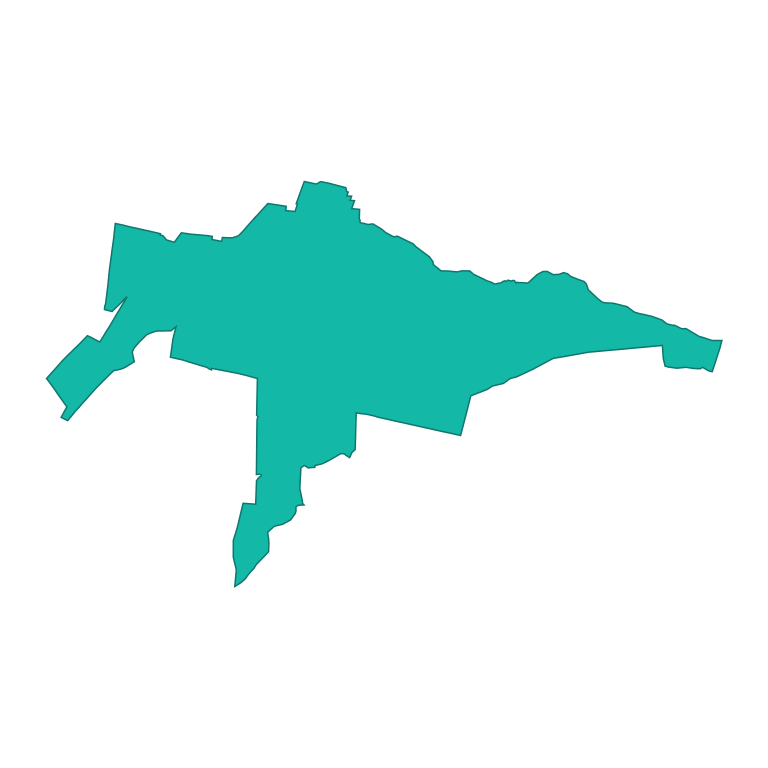 Chicoloapan, México, Mexico (Albers equal-area conic projection)
{"feature_id": "50627088B10015093996053", "entity_name": "Chicoloapan", "entity_type": "district", "adm_level": 2, "iso_a3": "MEX", "parent_name": "Mexico", "parent_adm1": "México", "projection": "albers", "projection_center": [-98.886, 19.397], "detail": "fine", "context": "isolated", "style": "filled", "palette": "teal", "viewbox_px": 768, "rotation_deg": 0, "n_neighbors": 0, "source": "geoboundaries", "source_scale": "gbopen_adm2", "svg_char_len": 5770}
<svg xmlns="http://www.w3.org/2000/svg" viewBox="0 0 768 768"><path d="M721.9,340.5L712.1,340.5L702.1,337.2L699.2,336.5L690.4,331.2L686.0,328.6L681.7,328.8L674.7,325.3L672.5,325.3L666.8,323.8L662.0,320.0L654.2,317.2L652.0,316.4L643.4,314.4L639.0,313.5L634.4,312.1L626.9,306.6L613.2,303.2L606.0,302.9L602.2,302.2L597.6,298.5L588.4,289.9L586.3,284.0L584.1,281.5L578.4,279.5L570.8,276.5L567.7,273.8L563.6,272.6L559.3,274.3L553.4,274.7L547.1,271.4L543.0,271.5L540.0,273.0L537.0,274.7L528.7,282.4L527.5,283.0L526.7,283.1L525.2,282.9L522.5,282.7L519.5,282.6L516.7,282.4L516.5,282.8L516.3,282.9L516.0,282.9L515.8,282.8L515.7,282.8L515.6,282.7L514.5,280.7L514.4,280.6L514.2,280.5L513.9,280.5L513.6,280.5L513.1,280.4L512.8,280.5L511.4,281.1L509.3,280.5L507.8,280.2L506.1,281.5L505.0,280.9L504.8,280.8L504.5,280.8L502.9,281.6L501.8,282.2L500.9,282.8L500.2,283.1L499.8,283.1L499.5,283.2L498.4,283.2L498.2,283.2L495.9,284.0L495.2,284.0L494.7,283.9L494.1,283.7L492.9,283.1L492.2,282.7L491.4,282.3L489.7,281.7L488.8,281.4L487.2,280.9L485.4,280.0L473.6,274.3L469.7,270.9L461.6,270.9L457.3,271.9L447.6,271.0L441.2,270.9L439.5,269.6L433.3,264.5L433.0,261.8L431.5,259.7L429.5,256.9L420.4,250.1L415.8,246.6L413.0,243.7L407.2,241.0L397.5,236.2L393.6,236.8L385.9,232.7L381.3,228.9L372.9,223.9L368.0,224.5L365.7,223.9L363.8,223.4L361.1,223.0L360.1,222.5L360.0,220.1L359.3,218.7L359.6,209.4L357.1,209.1L351.7,208.7L354.5,200.7L354.1,200.7L351.3,200.4L350.1,200.4L351.6,196.2L346.8,195.9L348.2,192.1L346.7,191.6L345.8,187.7L334.1,184.6L332.5,184.2L331.1,183.8L330.0,183.5L329.1,183.3L321.2,181.7L320.0,181.9L318.1,183.2L316.0,184.0L304.3,181.5L299.4,194.8L296.2,203.7L297.4,203.9L297.4,204.1L295.1,211.3L295.1,211.5L294.0,211.4L285.7,210.6L286.2,206.3L277.0,204.9L267.9,203.5L261.5,210.5L254.9,217.8L254.9,217.6L250.4,222.7L247.7,225.7L242.9,231.3L238.3,235.9L237.1,236.2L235.8,236.7L234.4,237.2L233.6,237.3L233.0,237.6L232.5,237.8L232.2,237.8L230.9,237.8L230.2,237.8L229.8,237.8L228.5,237.8L222.4,237.5L221.6,241.4L220.1,241.1L211.9,239.5L212.3,236.4L207.4,235.6L207.1,235.6L194.5,234.5L189.0,234.0L188.5,233.8L181.4,232.8L179.9,234.7L174.3,242.3L166.5,239.9L166.3,239.8L164.1,237.0L163.4,236.3L163.0,235.8L162.4,235.5L161.2,235.2L160.3,235.1L160.4,233.7L149.3,231.1L145.7,230.3L140.6,229.2L133.5,227.6L129.7,226.8L123.4,225.2L117.4,223.9L115.3,223.5L115.1,225.2L114.7,229.3L114.3,232.1L114.1,234.0L113.9,236.7L112.8,244.8L112.6,246.4L112.4,247.6L111.7,252.5L111.6,253.8L110.9,258.7L109.3,270.9L107.9,285.3L105.7,302.8L105.4,304.7L105.2,305.0L105.1,305.3L104.9,305.5L104.4,309.3L104.5,309.5L105.3,309.8L112.1,311.5L112.3,311.3L115.2,308.4L118.6,305.1L121.3,302.5L125.5,298.0L127.1,296.8L124.6,301.0L123.1,303.5L121.9,305.5L116.8,314.0L116.2,315.0L113.8,319.1L110.8,324.3L110.6,324.6L108.4,328.1L106.1,331.7L103.0,336.9L99.8,341.9L99.5,341.9L95.8,339.9L90.7,337.2L87.4,335.7L84.9,338.3L83.0,340.3L82.4,340.9L79.8,343.6L75.6,347.7L74.8,348.4L72.1,351.1L67.5,355.5L62.3,360.8L59.6,363.9L58.9,364.7L58.1,365.5L57.0,366.8L56.6,367.3L52.1,372.3L51.2,373.2L50.9,373.6L49.2,375.5L47.6,377.3L46.1,379.1L46.8,378.8L48.0,380.4L52.8,386.9L54.1,388.7L55.3,390.4L57.2,393.3L59.3,396.3L60.3,397.7L63.6,402.2L64.0,403.0L66.9,406.7L61.1,417.4L67.7,420.6L72.6,414.7L74.2,412.7L75.2,411.4L79.1,407.3L79.7,406.5L82.4,403.3L86.4,399.1L86.9,398.5L87.7,397.6L89.8,395.1L93.7,390.8L96.3,387.9L101.2,383.0L102.9,381.2L104.6,379.6L105.8,378.4L108.9,375.3L110.6,373.6L113.8,370.6L115.5,370.2L118.2,369.8L118.5,369.7L120.7,369.1L123.2,368.3L125.3,367.2L125.7,367.0L128.7,365.2L130.8,363.9L134.3,361.7L133.9,359.9L133.5,358.0L133.3,357.1L132.7,354.5L132.4,352.7L132.4,351.8L133.3,349.7L134.3,347.8L138.8,342.6L142.2,339.2L146.6,334.8L148.5,333.9L151.3,332.8L154.4,331.7L156.1,331.2L157.7,331.0L159.3,331.0L160.1,331.0L163.9,330.9L171.0,330.8L176.0,326.7L173.0,338.8L172.8,339.8L172.8,340.4L172.2,344.3L171.6,348.8L171.4,350.5L170.4,357.2L178.3,359.0L180.8,359.5L182.3,359.9L184.7,360.6L186.9,361.2L187.5,361.6L190.3,362.4L192.4,363.0L198.7,364.9L199.1,365.1L206.4,367.2L207.1,367.5L208.2,368.3L209.1,368.8L209.7,369.1L211.5,369.9L211.8,368.4L231.7,372.2L238.8,373.6L245.7,375.3L257.4,378.5L256.8,407.1L256.8,409.7L256.7,411.7L256.6,415.1L257.1,415.7L257.7,416.3L257.8,416.8L257.7,417.6L257.3,418.7L257.1,419.4L257.0,421.3L256.8,436.1L256.4,474.5L259.3,474.3L260.3,474.4L261.0,474.6L261.4,475.2L260.7,476.5L259.5,477.0L258.5,478.0L257.3,479.6L256.5,480.7L255.7,504.2L243.1,503.3L237.2,527.9L233.3,540.5L233.3,557.3L236.3,569.7L234.8,586.5L241.0,582.6L245.5,578.6L247.3,575.9L250.4,572.1L253.6,568.8L256.4,564.4L262.3,558.4L268.6,551.7L268.9,543.2L268.6,538.5L267.6,532.3L274.0,526.5L276.4,525.7L282.6,524.3L290.6,519.9L295.3,513.4L296.0,511.0L295.9,507.0L298.1,505.3L304.0,504.9L302.6,503.5L302.4,501.2L299.8,488.4L300.9,467.9L303.7,465.8L304.1,465.6L304.5,465.6L304.9,465.8L307.7,467.6L308.4,468.0L309.8,467.7L313.0,467.5L314.8,467.4L315.0,465.5L322.2,463.8L328.4,460.8L336.5,456.1L340.5,453.8L343.2,453.6L344.6,454.2L346.3,455.5L349.7,457.6L351.6,453.1L352.0,452.5L355.2,449.5L356.2,412.9L360.7,413.6L364.7,414.0L367.1,414.4L370.5,415.1L372.1,415.5L373.3,415.8L375.0,416.2L376.8,416.8L378.1,417.2L388.4,419.5L398.6,421.8L413.6,425.1L423.0,427.2L432.4,429.3L441.8,431.4L451.2,433.4L460.6,435.5L465.7,415.8L468.2,406.1L470.8,395.8L476.3,393.7L487.3,389.4L492.5,386.0L503.5,383.4L510.2,378.5L516.5,376.9L521.9,374.4L532.8,369.3L543.6,363.5L553.2,358.4L563.3,356.7L568.3,355.8L578.4,354.0L588.5,352.2L597.7,351.4L607.0,350.5L616.2,349.7L625.4,348.9L634.7,348.0L643.9,347.2L653.1,346.3L662.4,345.5L663.3,358.5L665.1,366.1L668.5,367.1L677.0,368.2L686.0,367.3L693.1,368.4L700.0,368.8L702.7,367.4L708.7,370.9L712.2,371.7L714.6,364.5L720.0,347.8L721.1,343.3L721.9,340.5Z" fill="#14b8a6" stroke="#0f766e" stroke-width="1.5"/></svg>